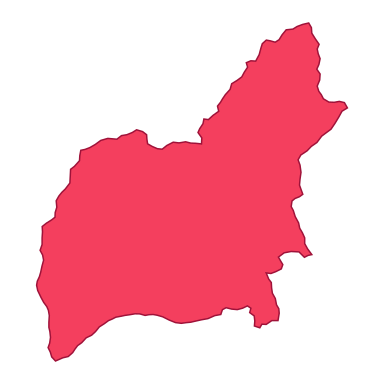 Guarulhos, São Paulo, Brazil
{"feature_id": "56859067B75389058468557", "entity_name": "Guarulhos", "entity_type": "district", "adm_level": 2, "iso_a3": "BRA", "parent_name": "Brazil", "parent_adm1": "São Paulo", "projection": "orthographic", "projection_center": [-46.447, -23.392], "detail": "fine", "context": "isolated", "style": "filled", "palette": "rose", "viewbox_px": 384, "rotation_deg": 0, "n_neighbors": 0, "source": "geoboundaries", "source_scale": "gbopen_adm2", "svg_char_len": 2712}
<svg xmlns="http://www.w3.org/2000/svg" viewBox="0 0 384 384"><path d="M347.4,107.9L344.4,102.6L339.3,101.4L334.3,102.3L328.9,102.1L323.4,98.8L321.3,94.7L318.8,91.3L317.2,86.1L319.7,80.0L320.1,74.0L316.8,69.2L318.9,64.5L320.1,58.7L318.2,53.7L317.2,49.0L319.1,44.3L315.3,38.8L311.8,33.2L311.4,27.6L308.7,23.0L302.7,24.4L297.1,26.5L292.9,29.1L286.2,29.8L282.1,34.8L279.1,39.7L275.2,42.2L270.2,40.8L266.3,40.1L262.3,43.7L260.9,48.2L259.2,54.6L255.7,61.1L250.8,60.8L246.3,62.7L247.6,67.2L244.3,72.2L241.8,76.9L237.1,80.4L231.7,83.7L230.1,89.4L225.4,94.6L222.5,98.9L220.5,102.3L217.5,106.1L218.7,111.3L213.1,115.3L208.4,119.6L203.9,119.0L203.0,123.7L199.7,128.7L198.0,132.5L201.8,137.9L201.5,143.9L195.7,143.3L190.8,143.1L185.6,141.8L179.0,142.9L173.2,142.2L166.8,145.5L162.2,149.2L157.4,148.7L152.1,146.4L147.6,143.8L146.9,139.2L146.6,134.7L142.6,131.6L136.6,129.8L132.3,132.5L126.9,134.7L121.5,135.6L116.9,139.2L107.8,138.4L100.8,140.4L95.2,144.5L89.8,147.6L85.1,149.4L80.8,150.3L79.8,155.7L79.5,160.7L74.4,166.4L70.6,169.3L70.3,175.3L69.9,183.0L65.3,189.0L61.8,192.4L58.9,196.0L56.2,200.8L56.8,207.3L55.2,212.5L55.0,217.2L51.6,219.9L46.5,223.1L42.2,226.5L42.5,231.9L42.1,238.0L42.1,244.5L40.1,250.3L42.6,255.0L43.6,260.2L42.0,266.1L40.7,272.2L39.4,276.7L37.3,281.2L36.6,285.2L37.7,290.5L41.0,297.4L43.7,302.4L46.8,306.6L48.4,310.3L49.3,315.5L48.9,322.2L48.9,327.4L49.9,331.7L50.5,337.4L49.7,343.1L48.1,347.6L50.3,352.1L51.7,356.9L55.5,361.0L59.2,359.4L62.8,357.8L68.3,356.5L72.7,352.6L74.9,349.2L77.6,345.6L81.7,342.7L86.2,337.8L91.6,335.2L95.5,331.6L99.3,326.9L104.3,323.7L108.5,320.6L112.1,319.1L115.8,317.2L121.2,316.2L124.9,315.4L129.9,314.7L135.0,313.8L139.8,313.9L145.1,315.4L148.9,314.7L153.1,314.5L157.1,315.2L162.7,316.8L169.3,320.1L175.5,322.6L181.3,323.3L186.6,322.6L190.8,322.2L195.1,321.2L201.4,319.8L208.0,318.6L214.8,315.6L220.8,314.5L222.4,309.7L226.1,307.7L231.7,309.1L237.3,309.6L242.6,308.2L247.4,305.9L250.9,308.2L249.7,312.6L254.2,315.9L254.8,321.0L254.4,326.0L259.8,327.8L261.9,324.2L266.2,324.4L271.8,320.6L278.0,320.6L279.2,313.2L278.8,308.7L276.5,304.8L275.3,298.5L272.4,293.3L271.6,287.9L271.3,282.5L268.7,279.1L266.2,272.9L270.9,273.5L275.7,271.7L281.3,268.9L282.8,264.6L280.7,261.1L278.4,257.1L284.2,252.8L291.1,251.5L299.0,251.9L304.4,257.3L308.1,255.4L311.8,254.6L307.6,248.9L304.7,243.6L304.7,237.9L302.4,232.8L299.7,228.2L298.6,222.9L295.2,216.6L293.3,210.5L291.2,206.6L292.0,201.0L295.0,198.5L299.5,196.7L302.8,194.3L300.9,189.1L299.5,185.1L300.0,179.3L301.0,172.3L300.0,165.1L298.1,159.8L300.8,155.0L307.1,150.8L311.3,146.4L316.9,142.5L321.7,136.1L326.4,132.6L331.0,129.2L335.0,123.3L338.8,117.0L342.0,111.2L347.4,107.9Z" fill="#f43f5e" stroke="#9f1239" stroke-width="1.5"/></svg>